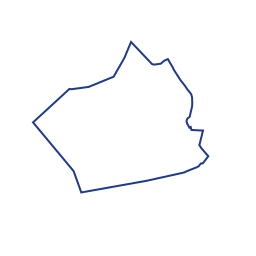 the district of Santa María Mixtequilla, Oaxaca, Mexico, rotated 303°
{"feature_id": "50627088B35955945188177", "entity_name": "Santa María Mixtequilla", "entity_type": "district", "adm_level": 2, "iso_a3": "MEX", "parent_name": "Mexico", "parent_adm1": "Oaxaca", "projection": "albers", "projection_center": [-95.246, 16.422], "detail": "fine", "context": "isolated", "style": "outline", "palette": "blue", "viewbox_px": 256, "rotation_deg": 303, "n_neighbors": 0, "source": "geoboundaries", "source_scale": "gbopen_adm2", "svg_char_len": 1136}
<svg xmlns="http://www.w3.org/2000/svg" viewBox="0 0 256 256"><g transform="rotate(303 128 128)"><path d="M201.8,83.7L184.8,86.8L163.2,88.0L141.0,72.6L129.6,59.3L128.9,57.6L105.9,51.7L81.0,45.3L62.2,105.9L52.1,119.2L48.5,123.9L94.4,172.9L105.4,183.7L117.9,196.0L121.7,199.7L122.5,200.0L126.7,202.9L132.7,207.2L134.7,208.2L135.5,208.2L136.2,208.2L138.0,208.5L139.1,210.0L148.1,210.7L149.6,205.4L150.7,201.7L151.1,200.2L152.1,198.2L152.5,197.1L153.3,196.9L156.6,195.8L157.2,195.5L157.9,195.3L159.0,194.9L160.4,194.5L160.9,194.3L162.0,193.9L163.1,193.5L164.3,193.1L166.4,192.4L166.7,192.3L166.2,191.4L165.5,190.2L164.7,188.9L161.0,182.4L160.9,182.2L163.0,180.0L161.7,179.3L163.4,176.4L163.5,176.0L163.7,175.5L164.3,174.8L164.5,174.5L165.7,173.3L166.8,173.0L167.7,172.8L168.7,172.8L170.2,173.4L171.0,173.6L181.0,170.0L184.3,168.1L184.6,167.8L187.4,165.9L188.6,165.0L190.8,162.6L191.8,159.6L192.8,156.5L193.6,154.6L194.4,152.8L196.7,146.0L196.8,145.7L198.5,142.0L201.8,134.7L203.1,132.7L207.5,123.9L204.4,121.9L202.2,121.1L200.1,120.6L199.7,120.4L195.4,115.4L194.7,113.4L201.8,83.7Z" fill="none" stroke="#1e3a8a" stroke-width="2"/></g></svg>